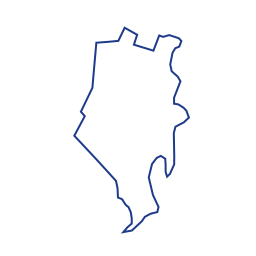 the district of São Valentim do Sul, Rio Grande do Sul, Brazil, rotated 17°
{"feature_id": "56859067B59584339293430", "entity_name": "São Valentim do Sul", "entity_type": "district", "adm_level": 2, "iso_a3": "BRA", "parent_name": "Brazil", "parent_adm1": "Rio Grande do Sul", "projection": "equal_earth", "projection_center": [-51.744, -29.065], "detail": "fine", "context": "isolated", "style": "outline", "palette": "blue", "viewbox_px": 256, "rotation_deg": 17, "n_neighbors": 0, "source": "geoboundaries", "source_scale": "gbopen_adm2", "svg_char_len": 910}
<svg xmlns="http://www.w3.org/2000/svg" viewBox="0 0 256 256"><g transform="rotate(17 128 128)"><path d="M130.8,30.4L129.7,46.6L109.3,46.6L109.5,36.2L95.5,33.1L93.3,47.5L83.1,51.7L72.8,55.7L78.2,81.3L82.2,100.0L78.2,126.2L83.2,129.3L78.9,151.1L109.5,168.7L132.0,182.1L135.7,188.9L138.7,197.4L143.1,197.8L148.3,202.2L151.6,203.5L155.3,207.8L158.0,213.3L159.5,218.3L156.5,223.1L154.0,228.9L161.7,224.9L168.5,213.1L170.1,208.0L174.5,203.5L180.6,199.8L180.3,194.6L175.8,189.6L171.4,184.7L162.3,169.2L161.5,155.4L164.2,148.2L167.5,145.1L172.6,146.5L174.8,152.4L176.8,158.9L179.6,163.1L181.5,159.7L182.8,149.3L180.3,140.9L173.3,119.5L173.0,112.9L179.8,106.2L183.2,100.2L178.8,94.4L175.3,92.4L169.2,90.7L165.0,91.3L163.2,85.6L164.5,68.0L160.5,64.3L153.2,61.0L149.8,54.9L148.6,43.0L149.9,37.9L153.2,35.2L153.6,29.2L150.3,27.3L140.3,27.1L134.9,30.6L130.8,30.4Z" fill="none" stroke="#1e3a8a" stroke-width="2"/></g></svg>